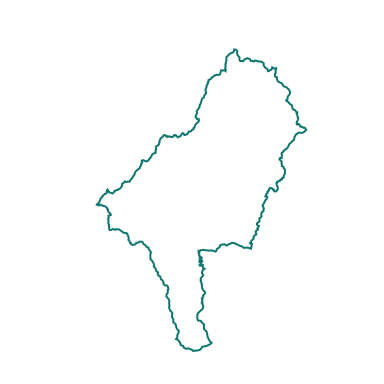 Na Noi, Nan, Thailand (Albers equal-area conic projection), rotated 111°
{"feature_id": "78962969B88234986590432", "entity_name": "Na Noi", "entity_type": "district", "adm_level": 2, "iso_a3": "THA", "parent_name": "Thailand", "parent_adm1": "Nan", "projection": "albers", "projection_center": [100.759, 18.283], "detail": "fine", "context": "isolated", "style": "outline", "palette": "teal", "viewbox_px": 384, "rotation_deg": 111, "n_neighbors": 0, "source": "geoboundaries", "source_scale": "gbopen_adm2", "svg_char_len": 6043}
<svg xmlns="http://www.w3.org/2000/svg" viewBox="0 0 384 384"><g transform="rotate(111 192 192)"><path d="M340.6,141.6L339.4,139.7L339.3,135.7L340.0,134.1L337.7,129.6L336.2,127.8L332.8,126.9L330.5,123.3L327.5,120.4L325.7,119.7L325.2,121.5L322.0,125.2L317.2,128.2L315.7,131.6L312.9,132.9L311.6,133.0L309.8,137.0L309.2,137.6L309.8,140.3L307.5,142.2L303.4,143.2L297.3,140.3L295.9,140.2L293.9,140.9L292.2,143.1L291.6,142.6L290.0,143.6L288.6,143.6L287.9,144.7L285.8,144.0L285.1,144.5L281.6,143.5L280.4,144.6L279.5,146.6L278.1,148.0L276.3,149.1L274.9,149.3L274.4,150.2L273.3,150.6L272.0,152.1L271.1,152.0L269.7,153.0L265.7,151.6L264.1,153.8L261.2,154.1L259.3,152.8L259.2,154.2L257.4,155.0L257.4,156.1L256.6,156.0L257.8,157.8L257.8,158.7L257.2,158.7L256.7,157.8L255.7,157.6L254.3,158.6L254.9,159.9L253.8,160.2L253.5,157.7L253.2,157.5L252.5,158.6L251.3,159.2L252.0,160.3L251.8,160.8L250.1,161.3L250.3,159.4L249.9,159.3L248.9,162.5L247.6,162.7L247.1,163.7L244.9,164.6L245.1,163.5L243.5,163.4L242.0,160.7L240.7,155.3L239.5,152.9L239.2,148.8L238.5,148.3L236.4,148.4L233.7,146.5L231.5,146.6L229.2,143.2L229.6,140.3L227.5,139.0L226.5,137.6L225.2,136.6L224.6,134.7L224.8,132.9L224.5,132.0L225.0,129.5L225.0,125.3L225.6,123.8L223.9,119.8L223.9,116.7L219.0,117.4L219.2,119.1L218.7,119.6L217.6,118.9L216.1,119.1L213.5,117.7L212.1,118.4L210.8,118.4L208.8,116.8L208.1,116.8L207.7,117.6L205.7,118.4L203.3,116.9L202.7,117.9L199.8,117.3L199.4,119.3L198.5,120.1L197.2,119.9L196.3,118.9L195.7,118.6L194.3,118.7L192.5,119.7L190.5,118.4L189.6,118.5L187.5,119.6L185.4,119.3L184.2,118.4L182.4,119.1L181.5,119.0L179.6,121.2L173.4,120.5L171.1,119.7L169.5,120.1L169.7,121.9L168.0,121.6L167.0,121.9L165.7,121.0L164.4,121.7L162.7,120.6L161.3,121.1L160.3,120.6L159.9,118.6L160.7,117.4L160.4,116.4L161.5,116.1L161.9,115.2L161.1,113.5L160.1,113.5L159.2,112.9L158.3,113.0L156.3,113.9L155.5,115.1L153.5,116.4L152.0,116.2L152.2,115.6L150.5,114.8L150.1,113.9L148.6,113.9L148.1,112.6L146.4,112.8L145.9,111.9L145.3,111.6L144.3,112.1L141.7,111.9L137.8,113.2L136.9,114.9L135.9,115.3L135.5,117.6L134.3,117.7L133.2,118.7L131.4,119.2L130.3,122.0L128.8,122.0L128.2,120.5L127.7,121.0L125.8,120.9L124.5,122.0L123.3,122.2L122.2,121.4L121.1,121.4L120.1,120.5L119.1,120.4L117.9,119.3L116.2,118.6L112.0,118.2L109.6,116.9L108.4,116.7L107.5,115.7L105.8,115.6L104.3,116.0L101.0,115.6L100.3,114.7L99.3,114.5L98.3,113.6L97.4,110.6L96.5,109.3L93.1,107.7L91.6,109.4L92.1,111.1L91.8,112.1L92.1,113.2L91.7,113.7L92.0,114.4L91.4,114.7L90.3,116.5L90.3,117.5L91.3,117.8L91.3,118.4L89.7,119.2L86.3,119.0L84.7,119.4L84.3,120.3L83.3,120.6L81.7,122.2L79.9,122.1L80.0,123.4L78.7,124.7L78.7,126.7L77.9,128.3L75.4,129.5L74.4,133.0L73.5,134.0L73.1,136.7L72.3,136.9L71.4,136.1L68.5,136.8L65.6,135.8L63.7,136.0L61.7,138.2L60.4,141.4L60.5,144.2L58.3,147.3L58.1,151.2L56.0,153.4L54.5,153.8L54.3,156.1L52.0,156.9L50.4,156.6L49.1,157.4L47.3,157.4L46.3,157.9L47.3,159.3L46.9,161.8L49.2,161.6L50.3,162.8L51.9,163.8L51.9,164.4L50.1,165.8L49.7,168.0L48.0,170.6L46.1,171.2L45.5,173.8L45.8,175.7L46.4,176.5L46.3,178.5L46.7,180.4L48.0,181.0L47.8,182.4L48.6,184.2L47.2,185.6L47.2,188.3L49.8,190.8L51.5,191.1L52.4,194.1L51.4,195.2L49.3,195.9L48.0,198.4L46.1,199.9L44.4,200.1L43.4,202.0L43.8,203.7L46.6,203.4L48.9,205.9L53.8,208.2L57.3,206.9L61.3,206.5L62.1,205.7L64.6,205.4L65.7,204.3L67.1,204.0L66.7,205.2L67.8,207.2L68.0,208.4L72.1,208.0L73.3,209.3L73.6,210.9L75.4,212.9L76.9,213.5L77.3,214.2L80.0,215.1L81.5,216.7L82.9,216.2L84.1,216.6L84.7,216.0L87.6,216.5L89.1,216.0L91.8,216.1L92.5,215.3L93.6,215.1L94.0,214.4L94.9,214.3L97.2,215.1L99.5,215.0L101.6,216.0L106.8,215.6L108.4,216.1L109.7,215.3L114.9,216.6L116.9,215.4L119.3,215.9L120.8,215.5L122.2,213.1L121.5,212.0L122.5,211.2L123.8,211.0L126.9,212.6L128.8,213.0L130.9,212.8L131.7,213.5L132.8,213.0L133.9,214.3L134.8,214.4L136.0,215.1L136.6,216.6L139.9,217.2L141.6,219.5L140.6,220.5L140.3,222.0L144.4,223.0L145.4,224.6L146.0,224.9L144.7,227.7L145.3,228.1L145.3,229.0L145.8,229.4L146.9,229.3L147.8,230.2L148.3,232.2L148.1,233.2L149.5,234.7L148.9,235.0L148.7,235.7L149.1,236.4L148.6,237.0L148.7,238.2L149.2,238.8L149.5,238.6L153.6,240.6L156.4,240.6L156.8,240.2L157.9,240.3L158.9,239.8L161.0,240.6L161.7,241.5L162.8,241.9L164.8,240.9L166.5,240.9L167.3,240.2L168.5,240.0L170.0,241.9L171.2,242.6L175.7,243.2L176.4,243.8L177.4,243.8L178.8,244.5L179.9,245.6L179.7,248.8L180.6,250.1L181.4,250.0L182.2,249.0L184.3,249.6L185.4,249.1L187.5,249.6L188.7,249.4L192.5,251.8L194.2,252.1L197.2,252.0L198.3,252.7L200.5,252.8L202.2,253.7L204.8,253.9L205.1,255.4L206.2,257.0L206.2,258.5L207.3,258.7L209.3,260.2L211.4,259.5L212.8,259.8L215.2,260.8L218.9,264.8L219.9,264.7L221.8,265.5L221.9,269.0L220.1,271.8L221.9,271.9L222.6,271.1L224.2,271.6L225.1,272.7L228.1,274.1L228.9,274.0L230.4,274.9L235.8,275.0L236.8,276.0L238.0,276.3L237.9,274.1L236.5,272.4L236.9,270.5L236.5,268.0L237.2,265.8L238.3,264.9L238.4,264.2L239.2,264.1L240.5,262.7L241.9,259.8L242.5,259.6L244.2,261.5L245.4,260.6L247.3,260.7L248.7,259.6L251.1,259.0L252.6,257.5L253.7,257.5L254.5,256.5L255.6,256.5L257.0,255.2L256.3,253.8L254.8,252.6L254.8,250.1L253.8,249.3L253.1,246.5L254.6,240.8L253.9,239.1L254.0,237.8L257.3,234.7L259.5,234.2L259.7,233.2L261.7,231.7L261.6,230.8L262.4,230.4L262.7,229.0L262.7,228.3L261.3,226.3L260.7,225.9L259.3,225.8L258.3,223.7L257.2,223.3L256.4,221.0L256.3,220.6L258.1,218.3L258.5,216.1L259.4,214.9L259.5,212.8L260.5,212.2L263.1,208.6L265.0,208.6L269.5,206.8L270.1,205.3L271.9,202.8L273.4,201.3L275.4,200.9L275.9,199.3L278.8,196.8L279.1,194.9L281.4,194.3L281.9,193.6L282.1,191.7L284.5,189.7L285.1,187.9L286.4,186.4L288.0,185.8L288.9,183.9L288.3,182.1L289.1,180.4L290.3,179.9L291.2,179.1L292.1,179.5L294.9,178.5L296.5,179.1L298.6,178.6L300.3,175.6L301.6,174.2L304.5,173.3L306.1,172.3L307.8,172.2L310.5,170.0L310.7,168.9L312.4,166.8L315.7,166.0L317.8,163.7L320.1,162.9L321.4,159.8L324.2,158.0L325.5,156.4L326.3,154.5L328.9,154.2L331.1,154.4L333.0,153.6L335.0,154.2L335.0,152.4L336.5,149.8L337.7,148.4L338.9,147.8L339.0,144.8L340.3,143.7L340.6,141.6Z" fill="none" stroke="#0f766e" stroke-width="2"/></g></svg>